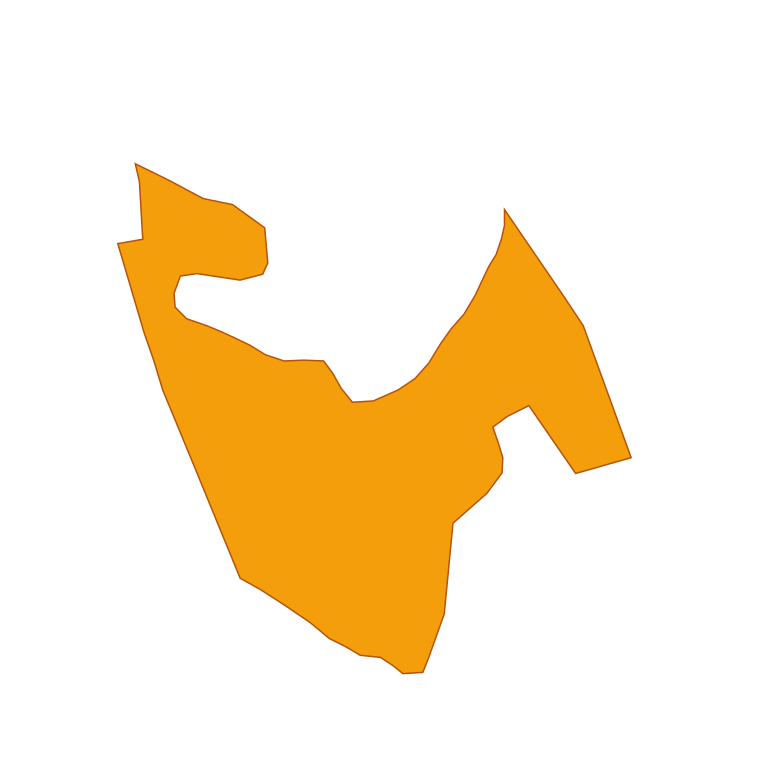 Colinas, Rio Grande do Sul, Brazil (Equal Earth projection), rotated 72°
{"feature_id": "56859067B64353341132274", "entity_name": "Colinas", "entity_type": "district", "adm_level": 2, "iso_a3": "BRA", "parent_name": "Brazil", "parent_adm1": "Rio Grande do Sul", "projection": "equal_earth", "projection_center": [-51.881, -29.385], "detail": "fine", "context": "isolated", "style": "filled", "palette": "amber", "viewbox_px": 768, "rotation_deg": 72, "n_neighbors": 0, "source": "geoboundaries", "source_scale": "gbopen_adm2", "svg_char_len": 1032}
<svg xmlns="http://www.w3.org/2000/svg" viewBox="0 0 768 768"><g transform="rotate(72 384 384)"><path d="M97.7,552.5L116.0,554.1L171.8,568.7L168.2,593.8L261.6,596.3L290.1,595.7L321.3,596.3L402.3,590.0L524.4,580.8L540.8,565.5L564.1,546.5L588.3,527.8L609.0,514.8L621.8,501.8L634.7,490.4L642.8,472.0L654.2,462.8L665.3,455.5L670.3,436.2L659.2,427.0L621.4,397.8L537.7,361.4L519.7,319.8L505.0,299.2L490.9,293.8L475.5,293.5L458.6,293.8L452.9,276.7L449.3,252.9L528.3,229.4L530.4,171.7L390.2,176.5L355.0,186.3L255.4,215.5L270.6,220.5L282.3,227.5L295.6,237.4L304.4,247.8L315.1,258.0L327.4,269.4L342.2,286.2L352.4,303.3L362.8,317.3L378.0,335.0L388.5,353.1L394.0,372.4L396.8,399.4L391.6,419.7L375.0,426.0L357.8,429.5L343.4,434.3L336.5,453.0L331.2,472.0L319.4,487.9L305.6,499.6L295.6,510.1L284.2,522.4L274.4,533.8L260.9,551.6L246.4,558.9L232.9,555.7L218.4,544.3L221.2,527.8L240.7,488.8L242.1,465.4L232.9,457.1L198.6,449.2L166.6,472.6L151.8,498.6L140.7,509.4L123.8,525.6L97.7,552.5Z" fill="#f59e0b" stroke="#b45309" stroke-width="1.5"/></g></svg>